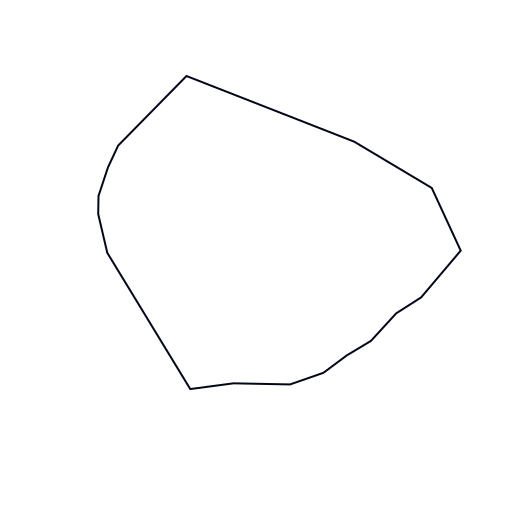 the Municipality of Trnovska vas, rotated 210°
{"feature_id": "SVN-230", "entity_name": "Trnovska vas", "entity_type": "Municipality", "adm_level": 1, "iso_a3": "SVN", "parent_name": "Slovenia", "parent_adm1": "", "projection": "albers", "projection_center": [15.891, 46.523], "detail": "fine", "context": "isolated", "style": "outline", "palette": "ink", "viewbox_px": 512, "rotation_deg": 210, "n_neighbors": 0, "source": "natural_earth", "source_scale": "10m", "svg_char_len": 380}
<svg xmlns="http://www.w3.org/2000/svg" viewBox="0 0 512 512"><g transform="rotate(210 256 256)"><path d="M246.4,107.9L386.4,184.4L413.6,213.4L422.4,229.2L428.5,258.7L430.6,282.7L406.2,377.1L228.1,404.1L137.8,402.8L81.4,363.0L92.3,302.7L105.9,276.5L114.0,240.0L127.6,215.5L139.2,188.6L162.3,161.8L211.8,134.5L246.4,107.9Z" fill="none" stroke="#020617" stroke-width="2"/></g></svg>